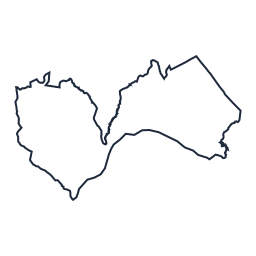 Atiwa East, Eastern, Ghana
{"feature_id": "2480657B7526405183619", "entity_name": "Atiwa East", "entity_type": "district", "adm_level": 2, "iso_a3": "GHA", "parent_name": "Ghana", "parent_adm1": "Eastern", "projection": "natural_earth1", "projection_center": [-0.69, 6.396], "detail": "fine", "context": "isolated", "style": "outline", "palette": "slate", "viewbox_px": 256, "rotation_deg": 0, "n_neighbors": 0, "source": "geoboundaries", "source_scale": "gbopen_adm2", "svg_char_len": 5730}
<svg xmlns="http://www.w3.org/2000/svg" viewBox="0 0 256 256"><path d="M169.3,66.0L168.7,66.9L168.5,67.6L168.0,67.8L167.6,68.5L167.3,68.7L167.1,69.2L166.5,69.7L166.5,70.6L166.1,71.4L166.2,72.8L166.8,74.5L166.7,75.3L165.7,76.8L164.3,78.0L164.1,78.6L162.8,76.8L162.7,76.4L162.0,75.5L161.8,74.9L161.0,74.1L160.6,73.5L160.3,72.0L159.8,71.1L159.8,70.4L159.2,68.1L159.1,66.7L159.0,66.2L158.6,65.9L157.7,62.5L154.3,60.4L153.5,60.4L153.0,60.1L152.4,60.1L151.7,61.0L151.0,61.2L150.9,61.5L151.3,62.5L151.2,63.8L151.5,64.4L151.6,65.1L151.8,65.8L151.3,66.2L151.1,66.7L150.1,67.8L149.2,68.5L148.1,70.8L147.9,71.6L147.9,72.7L147.1,74.0L146.0,74.6L145.0,74.6L144.3,75.3L142.8,76.4L140.4,75.5L138.9,76.3L138.3,77.3L136.8,81.7L135.2,81.2L133.9,82.2L132.1,82.9L130.4,84.3L129.9,84.3L130.1,84.6L129.8,84.5L129.8,85.3L128.7,85.7L128.4,86.5L127.5,87.0L127.4,87.3L122.7,89.1L119.9,91.0L119.9,93.3L120.8,97.9L120.5,99.2L120.6,99.9L120.4,100.4L120.0,100.7L120.1,101.2L119.9,101.4L119.8,101.8L119.8,102.1L120.2,102.8L120.1,103.6L120.1,103.8L119.5,103.9L119.0,104.6L118.5,105.1L118.4,105.3L118.7,105.6L119.0,106.6L118.9,106.9L118.6,107.1L118.6,108.4L118.4,108.6L118.1,108.5L117.7,108.7L117.8,109.0L117.5,109.2L117.6,109.5L117.4,110.0L117.6,110.1L117.7,110.3L117.1,110.9L117.1,111.3L116.8,111.1L116.7,112.1L117.1,112.6L117.1,112.9L116.7,113.1L116.6,113.3L116.7,113.6L117.2,113.8L116.1,114.9L116.3,115.2L116.3,115.6L116.1,115.9L116.2,116.4L116.0,116.6L115.3,116.7L115.2,117.1L114.6,117.1L114.5,117.3L114.3,117.3L114.0,118.0L113.2,118.1L113.1,118.7L112.7,118.9L113.0,119.5L112.8,119.7L112.6,119.6L112.0,119.9L112.0,120.2L111.7,120.4L111.7,120.6L112.0,120.9L111.7,121.6L111.2,121.7L111.0,122.4L110.4,122.7L110.6,123.3L110.2,124.2L109.7,124.3L110.1,124.6L110.0,125.0L110.3,125.0L109.7,126.3L109.0,126.6L108.8,127.7L108.6,128.0L108.8,128.3L108.7,128.5L108.7,129.0L109.2,129.2L109.4,129.6L109.0,130.1L109.0,130.3L108.7,130.4L108.9,131.3L108.5,131.2L108.4,131.3L108.5,131.9L108.8,132.4L108.8,132.6L108.5,132.6L108.4,132.8L108.6,133.1L108.5,133.4L106.8,133.9L107.0,134.7L106.7,135.1L106.4,135.0L105.8,136.0L105.8,136.9L105.1,137.2L105.0,137.5L105.0,138.6L105.3,139.0L105.2,139.2L105.4,139.3L105.3,139.7L106.1,140.9L106.0,141.5L106.4,142.8L106.1,143.1L106.3,143.8L105.5,144.4L103.2,143.3L101.7,139.6L101.1,136.0L101.6,134.5L101.3,133.1L101.5,131.4L101.3,130.5L100.3,129.1L98.8,126.6L97.4,125.6L94.0,119.4L93.8,117.9L97.0,108.4L95.5,105.5L93.0,102.6L91.9,102.6L92.0,101.4L90.7,99.4L90.0,97.9L89.6,97.4L89.8,96.5L88.6,95.4L88.4,94.6L88.1,94.4L87.6,93.8L86.4,92.9L85.6,92.9L84.7,93.3L84.1,93.1L83.2,91.4L83.3,91.1L82.1,90.5L81.4,90.7L81.3,90.3L81.0,90.1L80.7,90.2L80.4,90.0L80.3,89.8L80.0,89.8L79.6,89.5L79.2,89.0L78.9,88.1L78.6,88.5L78.4,88.1L77.9,87.9L77.3,87.2L76.8,87.1L76.4,86.8L75.7,86.7L75.2,86.3L74.6,86.2L74.6,85.8L74.3,85.5L74.6,85.1L74.0,84.3L73.9,83.5L73.7,83.3L73.1,83.3L72.6,82.7L72.2,82.5L71.9,80.5L71.4,79.9L71.1,79.2L70.8,78.9L70.2,78.7L69.5,78.8L69.1,80.1L68.3,80.3L67.7,80.3L66.3,81.2L65.9,81.2L64.2,80.7L63.1,80.7L62.5,80.9L61.7,81.4L60.6,81.8L60.1,82.4L59.7,83.4L59.8,84.1L59.4,85.4L59.6,87.4L45.7,85.3L48.7,81.3L49.4,72.6L45.9,74.5L45.4,75.0L44.5,76.2L44.0,77.1L44.5,80.5L44.3,81.0L42.8,82.9L41.8,82.7L41.0,82.8L39.4,82.4L38.9,82.1L38.0,81.1L36.7,79.3L30.3,82.3L30.7,86.8L29.6,87.0L28.7,86.5L27.8,86.5L27.3,86.8L26.3,87.7L25.5,87.8L24.9,88.1L24.6,88.1L24.2,88.4L22.8,88.2L22.6,88.4L22.2,88.3L21.3,88.9L20.9,89.4L20.6,89.6L19.7,89.5L19.5,89.1L19.2,89.0L18.4,88.4L17.9,87.6L17.5,87.6L17.0,87.2L16.1,87.2L16.5,88.6L16.6,91.2L17.0,92.3L17.0,93.5L17.4,95.7L17.5,96.4L17.3,96.9L17.6,97.7L17.4,98.4L15.4,101.9L16.5,107.5L16.7,110.3L17.2,111.3L16.6,113.6L18.4,116.9L18.8,118.3L18.7,122.9L18.6,123.2L18.6,123.5L19.8,125.4L20.0,125.9L21.5,127.7L18.1,131.5L16.9,133.6L18.2,137.1L18.2,138.3L18.1,141.1L18.4,141.8L19.6,143.2L20.2,144.5L21.4,145.5L24.2,146.6L24.7,147.5L29.3,150.6L30.1,150.8L31.7,151.6L30.0,160.1L33.2,164.5L33.9,164.7L36.1,166.2L38.0,166.4L40.8,168.8L45.3,170.6L47.1,172.3L48.5,173.2L51.0,175.2L55.3,180.4L57.3,180.2L58.1,180.6L58.9,181.5L60.3,183.3L61.7,184.5L61.8,186.0L63.5,186.6L63.5,188.2L64.3,189.0L67.2,189.5L70.0,190.9L70.4,192.9L70.4,195.8L71.0,197.1L72.3,199.1L73.1,199.8L76.4,197.3L78.0,192.9L79.0,189.0L87.3,179.7L94.4,177.6L100.6,174.4L104.9,168.4L109.0,154.1L111.2,148.8L113.7,144.5L120.1,139.5L125.7,133.8L134.3,134.9L142.1,130.3L149.2,130.0L158.7,132.2L177.2,141.2L184.8,147.4L193.2,150.6L198.1,154.9L207.3,157.8L209.4,159.3L215.7,154.6L216.7,155.0L217.3,154.9L218.5,155.4L221.4,156.4L223.1,158.1L224.5,158.0L225.2,157.5L225.6,157.2L225.8,155.6L225.6,155.2L226.0,154.6L225.1,153.6L225.0,152.7L225.6,152.4L225.5,151.5L226.1,150.9L226.1,150.1L227.4,149.3L227.8,149.5L227.7,149.2L227.3,149.2L227.1,148.7L227.1,148.4L227.5,148.4L227.6,148.2L227.4,148.0L226.7,148.2L226.7,147.8L227.0,147.4L226.9,147.3L226.1,147.7L225.8,147.5L225.7,146.8L226.0,145.4L225.2,145.3L224.6,145.0L224.4,144.8L224.7,144.5L224.7,144.3L224.2,144.5L224.0,144.9L223.8,144.6L223.6,144.7L223.0,145.6L222.9,146.2L222.3,146.3L221.9,146.2L222.0,145.3L221.7,144.9L222.3,144.2L222.1,143.5L222.8,143.3L222.9,143.0L222.6,142.9L222.0,143.2L221.8,143.1L221.6,142.6L221.3,142.7L221.0,142.6L220.8,142.9L220.4,142.7L221.0,142.5L220.7,142.1L221.3,141.6L221.0,141.3L221.4,140.9L221.3,140.2L222.2,139.3L223.0,138.9L223.4,137.7L223.6,136.7L223.5,135.9L223.2,134.5L223.9,132.5L224.2,132.1L226.0,131.2L228.3,129.1L228.2,128.6L228.4,127.8L230.7,125.0L230.9,124.4L231.4,124.2L232.3,123.4L234.6,122.9L235.0,121.7L236.4,121.4L237.8,122.1L238.5,121.4L239.4,120.1L240.6,110.7L233.1,103.1L225.1,94.5L223.6,91.6L220.1,87.4L218.5,85.2L209.7,72.8L209.3,72.6L205.7,67.9L200.8,62.1L196.3,56.2L190.2,59.5L185.6,62.2L170.9,69.7L169.3,66.0Z" fill="none" stroke="#1e293b" stroke-width="2"/></svg>